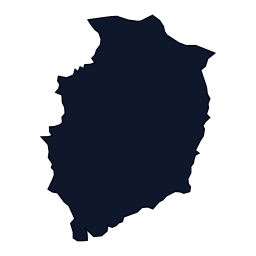 Gentil, Rio Grande do Sul, Brazil
{"feature_id": "56859067B14485327469822", "entity_name": "Gentil", "entity_type": "district", "adm_level": 2, "iso_a3": "BRA", "parent_name": "Brazil", "parent_adm1": "Rio Grande do Sul", "projection": "orthographic", "projection_center": [-52.047, -28.389], "detail": "fine", "context": "isolated", "style": "filled", "palette": "ink", "viewbox_px": 256, "rotation_deg": 0, "n_neighbors": 0, "source": "geoboundaries", "source_scale": "gbopen_adm2", "svg_char_len": 1500}
<svg xmlns="http://www.w3.org/2000/svg" viewBox="0 0 256 256"><path d="M88.2,19.9L91.3,24.8L94.9,29.4L99.0,32.6L101.3,39.4L100.4,45.1L96.7,50.0L95.1,55.0L91.9,58.3L95.0,62.6L90.4,64.5L84.8,64.8L83.8,68.8L80.2,67.0L78.2,71.8L75.1,69.5L73.6,75.0L70.4,76.4L66.6,77.9L58.5,76.4L57.8,80.9L59.9,84.3L58.9,88.6L55.8,92.3L62.1,94.9L62.5,102.6L64.8,107.3L65.2,113.6L62.1,117.2L62.7,122.4L60.2,124.8L54.5,126.7L49.6,127.0L49.8,131.7L52.3,135.5L48.9,136.8L41.4,137.0L45.2,141.0L48.3,144.7L49.3,151.8L48.5,157.5L52.7,164.1L51.5,167.7L54.1,170.2L54.5,174.8L52.9,179.3L48.2,189.2L52.7,191.9L57.5,192.7L64.2,201.7L69.0,205.7L74.9,218.7L70.8,223.5L73.4,232.2L73.4,238.0L77.6,240.6L82.0,240.6L87.2,240.2L87.0,234.1L86.0,228.8L93.8,236.4L101.6,235.6L106.9,231.1L107.6,225.6L112.2,227.2L115.8,225.6L118.7,222.8L122.3,221.5L123.6,216.9L137.0,212.0L142.1,207.3L148.0,206.9L152.8,208.7L155.8,205.3L158.9,201.8L162.7,199.8L166.2,195.9L175.2,191.3L180.0,191.7L183.7,193.1L189.6,191.5L190.4,187.0L188.2,183.9L187.7,178.7L190.7,172.9L190.7,166.5L193.2,163.2L193.9,159.5L195.2,155.0L198.8,153.2L195.2,150.4L200.4,140.1L203.2,135.9L204.3,129.1L202.7,125.6L205.5,121.5L209.6,117.6L206.3,114.2L208.5,107.7L207.8,104.1L209.7,98.6L207.2,94.1L206.3,87.0L200.6,70.0L205.2,66.2L207.7,58.6L214.6,53.1L195.8,45.7L186.1,45.7L178.8,43.0L166.8,35.2L164.3,31.3L163.4,26.6L159.6,20.7L152.5,15.4L147.1,18.1L141.2,21.1L137.6,21.5L127.8,20.1L116.9,16.5L111.1,16.8L100.9,18.1L88.2,19.9Z" fill="#0f172a" stroke="#020617" stroke-width="1.5"/></svg>